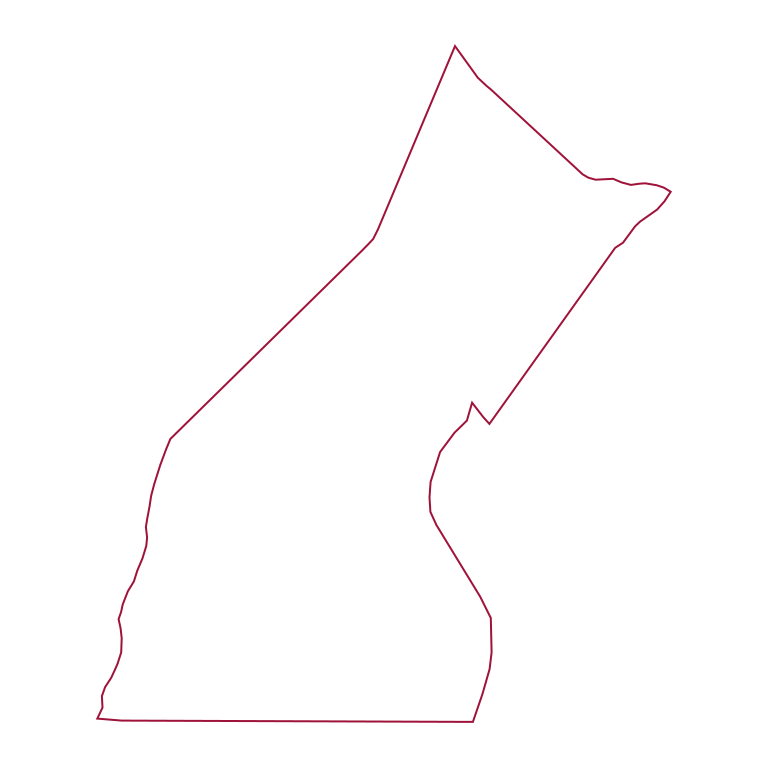 Junco do Maranhão, Maranhão, Brazil (Robinson projection)
{"feature_id": "56859067B88031270249569", "entity_name": "Junco do Maranhão", "entity_type": "district", "adm_level": 2, "iso_a3": "BRA", "parent_name": "Brazil", "parent_adm1": "Maranhão", "projection": "robinson", "projection_center": [-46.119, -1.889], "detail": "fine", "context": "isolated", "style": "outline", "palette": "rose", "viewbox_px": 768, "rotation_deg": 0, "n_neighbors": 0, "source": "geoboundaries", "source_scale": "gbopen_adm2", "svg_char_len": 961}
<svg xmlns="http://www.w3.org/2000/svg" viewBox="0 0 768 768"><path d="M97.3,718.6L121.8,720.6L472.9,721.9L482.4,694.2L489.6,669.1L491.6,652.4L490.8,618.0L480.2,596.7L436.4,525.0L430.4,511.9L429.5,497.3L430.6,481.9L440.1,452.0L454.5,432.7L466.9,420.6L472.1,402.7L483.0,416.8L489.4,423.9L615.2,247.8L623.0,242.7L635.1,226.3L640.2,221.5L657.2,209.5L664.5,201.3L670.7,191.8L663.8,187.6L656.6,185.2L645.2,183.3L639.6,183.7L630.9,184.9L621.5,182.4L613.1,178.8L595.6,179.7L588.4,177.7L582.6,174.3L490.8,89.4L486.1,85.5L477.8,77.7L455.0,46.1L378.0,229.3L373.1,239.1L367.6,244.9L362.1,250.5L170.4,438.9L166.1,449.3L160.3,464.9L154.2,484.2L151.1,496.0L149.6,506.1L147.1,519.4L145.9,527.0L147.1,537.5L146.3,545.8L142.5,558.3L137.3,570.6L133.9,581.4L127.9,591.2L122.7,604.5L121.1,612.0L118.6,619.1L120.6,628.4L121.7,638.2L121.2,652.4L117.5,663.9L114.9,669.8L111.2,677.8L105.1,687.1L101.9,696.1L102.5,707.6L97.3,718.6Z" fill="none" stroke="#9f1239" stroke-width="2"/></svg>